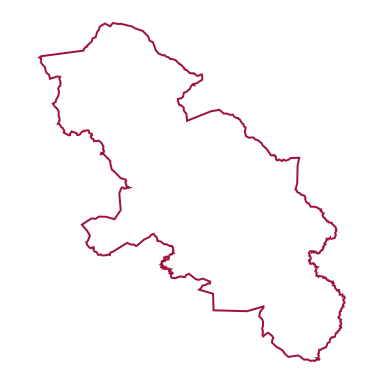 the district of Sefwi-wiawso, Western, Ghana
{"feature_id": "2480657B7942392054994", "entity_name": "Sefwi-wiawso", "entity_type": "district", "adm_level": 2, "iso_a3": "GHA", "parent_name": "Ghana", "parent_adm1": "Western", "projection": "orthographic", "projection_center": [-2.458, 6.306], "detail": "fine", "context": "isolated", "style": "outline", "palette": "rose", "viewbox_px": 384, "rotation_deg": 0, "n_neighbors": 0, "source": "geoboundaries", "source_scale": "gbopen_adm2", "svg_char_len": 5971}
<svg xmlns="http://www.w3.org/2000/svg" viewBox="0 0 384 384"><path d="M58.0,123.9L59.2,123.9L61.4,127.3L62.5,127.8L64.3,130.7L63.7,132.6L68.9,135.3L70.1,135.1L70.1,133.5L71.7,131.4L76.9,133.4L76.9,134.7L78.0,135.1L79.8,134.6L80.7,133.0L83.5,130.8L84.6,131.3L86.1,130.4L88.2,130.3L88.9,130.9L89.3,133.1L92.0,134.1L92.1,135.3L90.6,136.3L92.1,138.8L93.4,139.0L93.9,141.2L99.0,140.7L101.7,143.3L103.5,146.6L103.0,149.3L104.0,150.8L103.8,152.0L101.8,153.2L101.3,152.9L100.9,154.2L103.4,153.9L110.4,161.1L110.1,162.6L111.9,169.7L114.1,171.3L120.6,178.1L125.8,179.7L126.2,181.1L125.3,182.4L126.5,185.1L126.2,185.8L126.9,187.1L128.1,186.9L128.1,187.3L129.1,187.6L124.2,188.7L123.1,187.6L121.8,187.4L121.5,187.8L119.3,193.3L120.7,210.1L114.5,219.2L106.1,216.8L98.7,216.6L95.7,218.8L91.5,218.4L81.9,224.7L87.3,231.1L89.9,235.6L87.8,241.0L86.2,242.3L87.4,245.3L89.7,247.8L90.7,248.1L93.6,247.2L93.9,248.1L93.2,249.0L94.5,251.6L96.3,251.9L98.5,255.1L100.8,254.5L102.3,255.5L106.4,255.2L107.9,254.5L109.7,255.1L110.5,252.5L112.7,251.8L127.1,242.9L131.1,244.6L133.7,244.5L136.1,246.1L136.8,245.7L144.2,239.5L149.6,236.9L151.1,234.9L153.6,233.8L154.8,235.8L156.3,236.7L157.5,239.7L157.3,240.8L160.7,241.5L164.3,244.3L166.4,244.2L169.9,246.1L171.6,245.7L171.9,246.7L172.8,247.0L173.1,250.3L173.5,250.4L172.8,251.7L173.6,253.0L172.9,252.9L171.8,254.4L171.3,253.9L169.4,255.1L168.6,258.6L167.1,256.6L166.3,256.5L165.5,257.4L164.2,257.4L164.4,258.5L166.7,259.6L165.4,259.9L165.0,260.8L164.0,259.9L163.0,261.2L163.7,262.3L162.6,261.1L161.9,261.2L161.6,261.9L162.0,262.9L160.6,264.5L162.0,264.8L161.7,265.7L162.2,266.1L161.2,267.1L162.4,267.5L162.5,268.4L163.7,267.9L163.6,266.4L164.5,267.5L164.2,268.7L164.7,269.1L165.8,268.9L166.2,267.2L167.4,268.8L169.3,268.7L169.1,270.6L170.7,269.9L169.9,271.3L171.1,272.0L169.9,272.2L169.5,273.3L172.0,273.7L171.1,274.4L170.9,276.1L171.8,277.9L175.8,278.2L177.5,277.2L180.5,276.4L184.8,277.2L186.2,275.0L189.0,273.8L195.5,279.0L198.6,279.9L202.8,278.6L210.1,281.6L209.9,283.6L208.0,283.4L205.1,285.3L202.8,285.3L200.9,288.3L199.1,289.7L213.1,293.7L213.5,310.3L247.1,311.2L263.5,306.4L263.5,307.6L260.0,312.1L259.2,316.3L262.2,319.3L263.0,321.6L263.0,325.8L262.2,328.3L262.9,331.7L262.5,335.3L263.1,336.4L266.6,333.5L268.3,332.8L272.2,335.9L273.3,338.1L272.4,339.6L271.9,342.5L276.8,347.1L282.3,350.1L285.0,353.9L288.4,356.9L298.0,355.5L300.2,356.5L303.9,359.6L307.8,359.5L310.5,360.9L313.2,360.5L314.8,361.0L315.9,359.9L319.2,359.6L319.4,359.1L317.4,358.1L318.3,358.0L318.8,355.4L318.0,353.7L318.9,352.9L318.8,351.0L319.4,349.7L320.8,349.9L321.5,349.1L326.1,347.2L327.6,343.0L329.6,342.1L330.0,339.1L332.2,337.1L332.7,337.5L334.9,336.7L335.9,333.1L337.4,332.6L337.5,331.6L339.4,330.2L339.6,328.5L341.1,327.8L341.1,326.7L340.3,326.6L339.9,325.5L341.2,324.1L341.1,322.4L340.2,321.6L340.3,320.3L341.0,319.8L338.4,317.5L340.2,314.5L339.5,313.3L339.9,311.5L340.9,311.2L341.1,309.1L342.2,308.2L342.4,306.7L343.6,306.5L343.0,305.2L343.2,304.2L344.6,302.8L343.2,299.9L344.7,298.0L344.7,297.1L343.9,296.2L342.6,296.6L342.4,294.4L339.7,294.7L339.4,291.3L338.2,291.0L338.6,290.0L336.8,290.1L335.2,287.9L335.0,286.2L332.9,285.3L333.8,283.6L333.3,282.6L333.2,283.1L332.1,282.9L331.8,281.7L328.6,280.9L328.4,280.1L327.2,280.0L325.4,277.4L324.7,277.4L324.5,278.0L323.4,277.3L323.0,277.6L322.6,276.5L319.2,276.1L318.5,276.8L318.0,275.9L316.4,275.8L316.7,272.6L315.4,271.3L316.5,268.8L316.4,267.9L317.5,267.1L315.6,266.8L316.1,265.6L315.3,266.3L314.9,264.6L314.5,264.1L314.0,264.4L313.1,263.2L310.6,264.0L309.8,262.7L310.0,261.5L308.9,260.9L309.0,260.2L310.6,259.3L310.7,257.6L310.1,256.2L309.3,255.9L309.7,254.1L308.8,253.3L310.1,251.2L311.4,251.2L311.8,252.1L312.4,251.3L313.3,252.2L314.4,251.3L315.2,251.6L315.0,252.2L315.8,252.0L317.1,252.8L317.0,253.3L319.5,253.2L319.9,251.9L321.7,250.0L322.3,250.2L323.1,248.9L323.5,247.4L323.0,247.1L324.6,245.2L324.4,244.2L325.3,244.1L324.7,243.1L326.0,241.8L326.7,238.8L327.9,239.5L328.2,238.7L329.6,238.5L330.1,237.8L330.2,238.6L331.7,238.8L334.5,238.1L335.9,235.1L335.1,233.1L336.5,230.7L335.7,229.9L336.2,228.8L335.6,227.2L332.3,224.1L331.9,222.9L328.6,222.4L328.2,221.4L327.3,221.5L326.3,219.8L325.5,219.6L324.7,217.9L323.4,217.4L322.5,215.1L323.5,213.6L322.7,213.6L322.1,211.9L320.6,211.0L321.2,209.4L319.1,209.0L318.4,208.1L315.1,206.8L310.7,206.7L308.6,203.1L307.3,203.0L306.3,202.0L305.2,199.4L305.5,197.9L304.4,195.6L300.9,194.6L299.7,193.1L297.5,192.3L296.5,190.2L295.5,189.6L297.2,183.4L297.6,165.6L299.2,157.8L290.9,158.0L288.3,159.8L285.5,160.7L283.6,159.6L281.9,161.0L278.9,159.4L277.9,160.3L276.8,160.3L275.8,158.7L276.1,157.1L275.7,156.5L274.4,155.9L274.4,155.1L271.2,155.4L266.4,148.7L262.6,145.3L261.6,143.1L257.4,140.0L254.7,139.3L254.4,138.3L252.8,137.4L248.7,137.7L245.9,135.9L244.8,131.7L245.7,127.6L243.8,126.2L243.6,124.4L241.9,123.1L239.6,119.2L238.3,118.8L238.1,118.0L236.1,117.8L234.2,116.7L232.9,114.7L230.1,114.8L226.4,113.5L223.8,113.6L219.4,109.8L210.9,111.3L187.1,120.8L186.4,113.9L184.3,111.5L183.6,109.5L183.8,107.9L182.5,106.3L180.9,105.2L179.4,105.2L177.9,101.0L178.0,98.8L181.0,98.4L183.0,96.9L183.9,92.8L186.7,91.7L189.9,88.8L191.2,86.0L192.5,84.7L194.2,85.2L193.8,83.8L196.3,83.5L202.1,79.8L202.4,76.7L201.7,74.4L197.5,76.0L193.7,73.2L193.3,73.6L189.7,73.0L186.9,70.2L184.4,69.3L184.4,68.3L181.4,65.1L179.9,64.0L179.6,64.2L175.6,60.2L171.8,58.9L170.1,59.0L168.6,57.3L166.4,56.7L164.4,55.1L163.0,55.4L158.3,53.4L155.8,50.1L152.9,42.2L149.7,40.8L148.1,36.3L142.6,30.9L134.8,28.3L132.5,26.6L120.8,23.8L118.4,24.0L112.8,23.0L110.2,26.3L104.9,23.5L99.7,26.7L98.9,29.8L97.1,32.0L95.7,37.1L92.7,38.3L91.6,41.6L87.0,45.8L87.2,46.5L85.5,47.2L84.0,48.8L83.5,50.6L41.3,56.2L39.3,57.5L41.0,58.2L41.3,63.2L44.9,67.2L45.9,71.5L46.6,72.8L49.1,74.9L50.0,78.8L57.5,76.4L60.1,76.9L59.4,78.7L60.6,82.3L60.3,85.8L59.1,86.6L58.1,88.7L59.0,91.3L58.5,95.5L55.9,100.2L55.7,102.0L52.8,103.7L55.1,107.0L56.9,108.3L58.8,111.8L58.6,115.1L59.7,120.1L58.0,123.9Z" fill="none" stroke="#9f1239" stroke-width="2"/></svg>